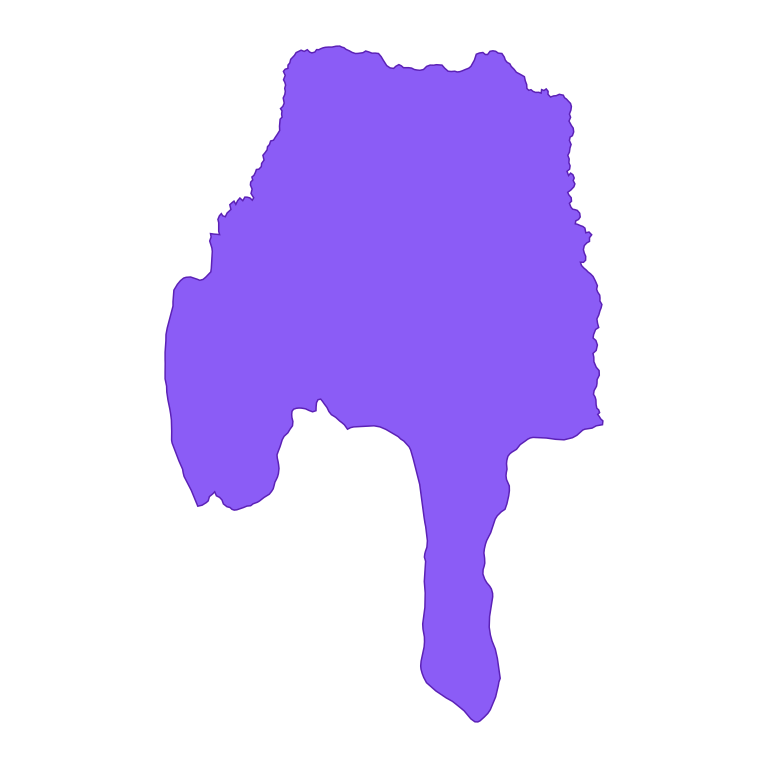 Frutal, Minas Gerais, Brazil
{"feature_id": "56859067B40089466397834", "entity_name": "Frutal", "entity_type": "district", "adm_level": 2, "iso_a3": "BRA", "parent_name": "Brazil", "parent_adm1": "Minas Gerais", "projection": "equal_earth", "projection_center": [-48.989, -20.109], "detail": "fine", "context": "isolated", "style": "filled", "palette": "violet", "viewbox_px": 768, "rotation_deg": 0, "n_neighbors": 0, "source": "geoboundaries", "source_scale": "gbopen_adm2", "svg_char_len": 6015}
<svg xmlns="http://www.w3.org/2000/svg" viewBox="0 0 768 768"><path d="M524.4,76.7L522.2,75.4L519.3,73.8L516.4,72.3L514.1,69.3L511.2,66.4L509.8,63.8L507.1,62.3L505.3,60.1L504.3,57.1L501.9,53.5L498.2,53.1L495.7,51.3L492.9,50.8L490.0,51.3L487.6,54.5L485.3,54.5L482.9,52.5L479.4,53.0L476.3,54.2L474.4,60.1L470.9,66.4L468.7,68.2L465.6,69.4L462.3,70.8L460.0,71.6L457.3,72.0L454.8,71.2L451.3,71.5L448.1,71.2L444.7,68.2L442.0,65.1L436.4,64.7L433.7,65.2L430.1,65.1L426.6,66.4L423.5,69.5L419.9,70.3L416.9,70.0L414.3,69.5L411.6,68.1L408.8,67.7L403.5,67.7L401.3,65.8L398.9,64.6L395.8,66.3L393.6,68.4L390.1,67.9L386.7,65.6L383.2,60.1L381.2,56.7L378.5,53.5L375.1,53.1L372.0,53.2L369.0,52.0L365.7,51.0L363.0,52.7L358.0,53.4L355.4,53.5L352.1,52.4L349.3,50.8L346.1,49.4L344.0,47.7L341.8,47.1L339.8,46.1L336.1,46.2L331.9,47.1L328.3,47.1L325.4,47.3L323.1,47.8L320.8,48.7L318.8,49.7L316.6,49.6L314.8,52.1L311.8,52.9L309.7,52.1L307.3,49.7L304.2,51.4L301.1,50.2L296.1,52.6L294.5,55.3L290.7,59.3L289.8,62.9L288.0,65.1L287.9,68.4L285.2,69.2L283.4,71.4L285.2,75.4L283.5,79.8L284.8,82.2L285.6,85.1L284.7,88.4L285.3,91.3L284.8,94.5L283.2,98.0L284.2,103.1L282.8,106.4L280.5,108.6L282.0,110.9L281.6,114.1L282.1,117.1L280.1,119.2L279.8,122.9L279.5,126.2L279.7,130.5L277.2,134.5L275.1,137.6L273.5,140.2L270.6,141.0L269.5,144.5L267.5,146.7L267.1,149.8L265.2,152.5L262.9,155.3L264.0,160.1L261.6,163.4L261.3,166.6L258.8,169.2L256.4,169.5L255.3,172.6L253.9,175.4L251.9,177.0L252.7,180.0L250.7,182.1L250.4,185.0L252.1,189.1L251.0,193.5L253.7,197.8L252.3,200.2L249.9,197.9L247.3,197.2L244.9,197.1L242.8,200.7L239.9,198.0L237.6,200.7L235.8,204.4L234.0,201.1L232.1,202.6L229.8,204.7L230.9,209.5L227.1,213.0L225.3,216.7L222.7,215.8L221.3,213.6L219.4,215.8L217.9,219.4L218.7,222.7L218.7,226.7L218.7,231.3L219.6,234.6L216.8,234.3L214.0,234.1L210.5,233.6L211.1,237.0L209.7,241.0L211.9,248.0L212.3,251.4L211.3,268.4L210.8,271.9L205.7,277.2L203.1,279.4L199.8,280.3L197.7,279.4L190.6,277.0L186.1,277.3L183.6,278.1L180.5,280.6L177.4,284.3L173.9,290.1L173.0,301.7L173.0,306.1L167.2,328.1L166.0,334.6L165.9,340.8L165.1,352.2L165.1,359.7L165.2,363.4L165.1,371.9L165.1,378.9L166.6,386.2L166.8,392.0L168.0,400.2L169.8,408.9L170.6,413.7L171.4,419.9L171.7,431.3L171.6,440.1L172.1,443.0L178.9,460.8L182.6,469.2L183.2,472.9L184.1,476.5L191.3,490.4L197.8,506.2L202.1,505.2L206.3,502.6L208.2,500.9L209.4,496.6L212.6,494.0L214.7,491.8L216.4,495.8L219.6,497.4L222.0,500.0L223.4,503.9L226.9,506.7L230.0,507.5L231.9,509.3L234.2,510.1L236.8,509.8L243.3,507.6L246.9,506.1L250.7,505.7L253.1,503.8L257.5,502.2L259.5,501.0L264.1,497.4L269.3,494.2L271.5,491.5L273.2,488.8L274.0,485.9L274.9,482.2L276.4,479.3L277.5,476.9L278.4,473.7L279.0,468.5L278.6,464.8L278.1,461.8L277.3,458.1L277.0,454.8L278.3,451.2L280.0,446.8L281.0,443.7L282.2,439.8L284.1,436.3L287.9,432.8L290.1,429.1L292.5,425.8L292.9,421.5L291.9,417.4L291.7,414.5L292.0,411.3L293.6,409.2L296.3,408.3L299.0,408.0L301.4,408.1L305.5,408.8L309.1,410.5L312.6,411.8L316.0,410.7L316.1,406.9L316.5,402.7L318.0,399.7L320.7,399.1L322.4,401.2L324.5,404.2L327.0,407.5L328.9,411.5L331.4,414.7L333.6,416.0L335.8,417.4L339.7,421.0L342.2,422.9L344.4,424.8L347.5,429.2L350.7,427.6L353.7,426.9L374.0,425.8L380.0,426.9L385.9,429.4L398.2,436.6L400.7,439.0L403.8,441.0L409.1,446.8L410.6,449.8L413.1,458.4L419.7,484.4L424.0,516.8L424.9,522.7L425.7,526.7L427.4,540.8L426.9,547.2L425.5,551.2L424.8,553.9L424.4,557.1L425.6,561.3L424.3,581.5L425.2,593.0L424.9,607.3L422.7,624.0L423.0,629.1L424.4,636.9L424.5,641.9L424.1,647.0L421.1,661.2L420.7,666.0L421.0,669.1L422.1,673.2L423.7,677.4L426.5,682.7L435.8,690.9L446.2,697.9L452.5,701.4L456.8,704.8L464.1,710.8L470.9,718.9L474.9,721.8L477.9,721.9L480.1,720.8L484.3,717.0L487.9,713.3L490.3,709.7L495.6,697.0L498.3,685.6L498.9,682.0L500.2,678.3L497.4,658.5L495.3,649.1L492.0,640.9L490.4,635.0L489.2,627.1L489.6,616.4L492.7,596.8L492.6,593.3L491.4,589.0L489.8,586.3L486.7,582.6L484.7,579.1L482.9,574.0L483.1,569.6L484.2,566.0L484.8,563.1L484.6,558.3L483.9,552.9L484.4,548.8L485.5,544.0L486.7,540.5L490.7,532.7L495.2,519.1L497.3,515.7L501.4,511.7L505.0,509.3L506.9,503.8L508.7,495.8L509.4,490.7L509.3,485.9L506.5,479.5L506.0,475.8L506.3,472.6L507.0,469.2L506.5,463.7L506.8,460.5L507.9,456.3L509.9,453.7L511.8,452.2L516.5,449.3L520.2,444.6L525.3,441.0L527.7,439.2L530.4,437.9L533.1,437.4L546.3,438.0L555.6,439.3L564.1,439.8L572.5,437.7L576.9,435.3L582.7,430.1L584.8,429.2L592.1,428.1L596.3,425.8L602.5,424.7L602.9,420.9L600.7,418.9L599.4,416.7L597.7,414.4L599.6,412.6L598.7,409.9L596.8,408.2L596.1,404.6L595.9,399.8L595.1,397.0L593.5,394.3L594.1,390.6L596.5,386.3L597.0,383.4L597.1,379.6L599.3,375.2L599.1,370.6L596.2,367.2L593.9,361.7L593.8,357.1L593.0,353.4L596.2,350.4L597.4,345.0L595.9,340.5L593.1,338.0L593.6,334.6L595.6,329.5L598.7,327.5L597.5,323.1L596.9,318.9L598.8,314.9L600.0,310.6L601.1,307.9L601.9,304.5L599.9,301.0L600.0,298.0L599.7,295.1L597.7,292.1L596.6,289.2L597.4,285.7L595.3,280.8L593.1,276.5L590.5,273.8L588.2,272.1L586.2,270.0L583.7,267.9L581.5,265.5L580.4,262.2L583.5,262.3L585.6,260.2L585.7,256.3L584.3,253.1L583.4,249.6L584.3,245.6L586.8,242.9L589.5,241.4L589.5,237.7L591.7,234.8L589.0,232.0L585.8,232.8L584.9,228.1L582.9,226.5L579.9,225.4L577.5,224.3L575.3,223.8L575.8,220.8L578.5,219.5L580.2,217.0L579.7,213.2L577.3,210.4L574.8,209.6L572.6,209.2L570.9,207.1L569.4,203.3L571.5,201.2L571.2,197.7L568.8,194.8L567.7,192.3L570.9,190.0L573.9,186.8L574.9,183.9L573.2,180.6L574.2,178.0L572.9,174.7L570.6,173.1L568.6,175.5L567.0,171.3L569.6,169.2L570.1,165.8L568.9,162.8L569.2,159.0L567.8,155.3L569.4,152.2L570.0,147.9L571.1,144.5L569.4,140.5L570.1,137.1L572.4,135.7L573.7,131.9L573.2,128.1L571.4,125.5L569.0,121.1L570.6,117.3L569.4,114.1L570.9,110.1L571.4,106.5L570.5,103.4L568.5,101.3L566.5,99.1L564.5,97.7L563.3,95.2L559.3,94.3L556.2,95.7L553.7,95.9L550.5,97.0L548.0,94.3L548.1,91.3L546.2,88.9L544.0,90.5L541.6,89.6L541.1,93.1L538.7,92.3L535.5,92.4L532.9,91.3L531.0,89.7L528.8,90.3L526.9,88.5L526.7,84.6L525.3,80.9L524.4,76.7Z" fill="#8b5cf6" stroke="#5b21b6" stroke-width="1.5"/></svg>